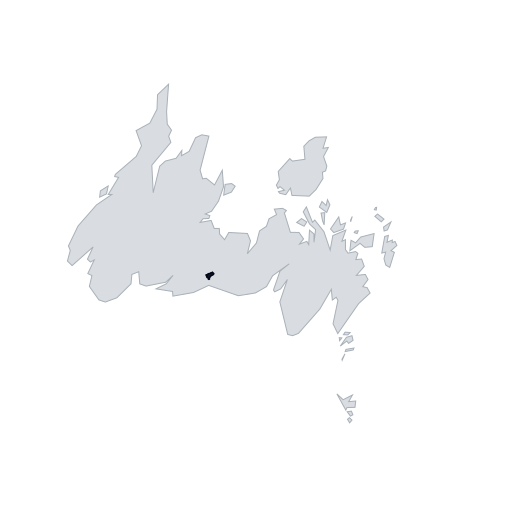 where Darlington sits in United Kingdom, rotated 131°
{"feature_id": "GBR-2028", "entity_name": "Darlington", "entity_type": "Unitary Authority", "adm_level": 1, "iso_a3": "GBR", "parent_name": "United Kingdom", "parent_adm1": "", "projection": "equal_earth", "projection_center": [-1.518, 54.521], "detail": "fine", "context": "in_parent", "style": "filled", "palette": "ink", "viewbox_px": 512, "rotation_deg": 131, "n_neighbors": 0, "source": "natural_earth", "source_scale": "10m", "svg_char_len": 4389}
<svg xmlns="http://www.w3.org/2000/svg" viewBox="0 0 512 512"><g transform="rotate(131 256 256)"><path d="M275.7,375.1L251.4,387.6L243.8,386.7L234.7,380.4L225.0,381.2L229.1,378.0L220.9,375.1L206.3,379.2L200.1,376.4L196.4,370.2L227.9,354.5L232.8,346.9L230.0,344.6L229.6,333.9L213.4,337.7L225.1,325.9L239.2,320.3L251.3,318.9L257.6,321.9L255.8,317.3L258.6,316.2L262.6,320.4L267.3,320.2L258.6,313.2L262.6,305.6L259.3,301.8L263.3,297.8L264.3,290.4L256.1,292.0L244.6,277.2L248.2,270.1L260.0,264.0L245.9,264.2L234.7,269.8L226.7,267.6L219.4,270.6L211.3,267.6L208.6,272.9L202.6,267.2L201.7,262.9L204.9,262.8L215.6,245.6L210.0,239.0L211.9,231.3L218.5,231.0L211.6,227.2L212.8,223.7L201.4,232.6L201.3,226.8L207.6,221.2L197.0,228.3L196.7,236.6L191.7,249.3L185.9,250.2L193.5,235.5L190.3,235.2L193.1,220.6L202.9,203.9L190.2,211.4L177.5,205.2L188.5,200.8L185.0,199.2L192.5,192.7L193.4,188.4L187.3,183.7L187.2,180.8L193.2,178.3L189.0,174.3L192.8,167.5L204.8,167.5L198.2,161.4L200.3,156.0L209.1,155.3L207.0,151.4L209.1,145.6L224.5,147.3L260.9,143.4L256.6,153.4L235.8,165.0L234.5,168.4L239.2,169.5L231.7,177.3L254.1,173.0L286.6,173.2L292.1,176.1L294.4,180.6L275.0,207.9L253.1,216.9L264.6,215.8L270.8,218.4L270.2,220.5L251.6,228.0L240.1,225.8L260.0,230.5L272.2,228.0L284.3,232.2L297.6,243.3L309.2,272.4L324.5,279.2L340.8,292.4L337.5,295.7L346.4,309.9L335.8,305.5L325.0,305.9L335.1,307.0L350.9,319.3L353.3,325.4L344.8,334.2L351.3,337.6L359.0,332.1L378.8,333.6L389.6,339.5L392.2,345.7L388.3,361.8L378.4,367.0L379.6,371.4L365.1,375.5L369.2,377.0L369.0,381.1L356.0,384.9L383.9,388.5L383.5,395.0L373.7,399.8L371.4,404.2L350.1,410.0L322.1,409.9L304.2,405.2L306.5,407.9L286.8,411.3L288.8,414.8L286.7,415.7L259.4,411.7L247.9,414.7L240.0,428.8L225.4,423.3L210.2,427.0L198.9,436.1L183.7,434.7L205.7,418.2L214.7,409.5L216.5,402.3L222.9,400.5L226.1,394.8L255.8,394.2L275.7,375.1ZM177.6,294.7L160.3,294.4L160.5,290.8L150.9,282.5L141.8,291.9L134.1,291.5L127.4,289.1L119.8,280.9L130.7,276.1L126.6,272.6L136.6,270.3L141.7,261.5L146.1,259.3L149.2,260.8L153.6,256.3L166.5,254.3L175.9,255.1L186.7,268.6L182.1,274.6L190.2,273.8L193.1,279.3L192.7,281.3L187.7,277.7L187.9,283.4L190.6,283.7L189.2,287.1L183.1,288.4L177.6,294.7ZM177.7,152.1L174.1,157.6L168.0,160.7L171.3,163.0L156.8,171.7L153.6,169.6L159.7,166.1L154.5,163.6L156.5,162.0L153.8,160.6L155.6,156.6L163.5,157.6L162.4,154.0L176.9,147.6L177.7,152.1ZM178.1,179.6L178.2,185.8L190.5,188.6L181.8,194.6L180.7,189.5L173.0,189.4L161.6,181.6L172.7,174.4L178.1,179.6ZM305.3,82.0L310.7,87.9L313.4,87.1L307.0,104.5L307.3,96.0L297.6,92.0L305.1,90.5L300.0,85.6L305.3,82.0ZM186.7,217.5L172.2,219.2L177.1,212.7L172.3,210.1L178.3,207.6L187.3,212.7L186.7,217.5ZM224.0,316.5L231.3,320.3L222.2,326.3L217.3,321.9L217.0,317.5L224.0,316.5ZM176.7,231.2L177.5,240.3L171.6,242.0L171.9,236.2L166.6,239.0L168.9,233.8L176.7,231.2ZM261.2,128.8L260.6,131.7L268.7,133.3L258.0,134.4L253.2,131.3L256.0,127.4L261.2,128.8ZM204.0,247.3L197.9,246.2L197.0,240.0L202.0,239.2L204.0,247.3ZM314.2,412.6L308.9,416.2L300.1,413.5L307.2,409.6L314.2,412.6ZM180.9,235.1L178.2,232.5L187.8,225.0L185.8,228.8L180.9,235.1ZM150.1,173.9L153.1,175.7L150.5,178.7L141.8,176.5L150.1,173.9ZM148.1,192.3L144.6,191.8L144.2,183.6L148.0,183.9L148.1,192.3ZM313.7,85.0L310.5,82.2L312.3,78.7L314.9,79.7L313.7,85.0ZM269.6,126.0L267.4,126.8L261.2,121.7L263.2,121.0L269.6,126.0ZM258.0,138.4L255.0,138.8L252.0,134.7L255.3,134.9L258.0,138.4ZM320.5,75.9L319.2,79.8L316.7,79.4L316.9,75.9L320.5,75.9ZM277.5,123.4L271.4,124.7L278.1,122.6L277.5,123.4ZM173.9,197.2L172.1,197.5L169.9,195.4L172.8,194.4L173.9,197.2ZM265.1,137.3L263.0,139.6L261.5,137.5L265.1,137.3ZM166.8,208.2L163.0,209.3L168.1,207.0L166.8,208.2ZM143.4,197.1L141.1,197.6L140.1,196.9L142.5,195.4L143.4,197.1Z" fill="#d9dde1" stroke="#a8b0b8" stroke-width="1"/><path d="M304.2,276.0L304.3,276.0L304.7,276.5L304.6,276.9L304.6,277.2L303.9,277.5L303.6,278.2L304.3,278.9L304.1,279.6L303.7,280.0L303.6,279.7L303.3,279.4L303.0,279.4L302.8,279.6L302.8,279.9L303.3,281.0L303.2,281.2L302.9,281.3L302.6,281.1L302.3,280.3L302.0,280.1L301.1,280.0L301.3,280.5L301.0,280.5L299.7,279.7L299.4,279.1L299.1,278.9L298.3,279.1L298.1,279.0L298.0,278.6L297.4,278.3L296.9,278.3L296.9,277.9L296.9,277.3L296.9,276.7L297.1,276.2L297.7,276.1L298.3,276.1L299.2,276.4L299.9,276.9L300.5,276.9L301.2,276.9L302.3,276.9L303.2,276.7L304.0,276.0L304.2,276.0Z" fill="#0f172a" stroke="#020617" stroke-width="1.5"/></g></svg>